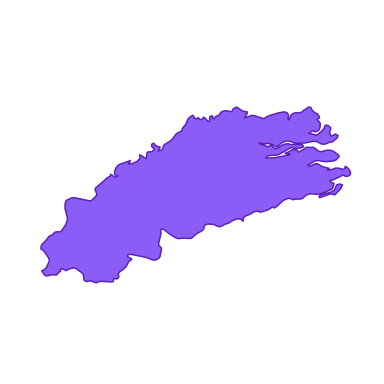 SVG path tracing the border of Khulna, rotated 262°
{"feature_id": "BGD-2432", "entity_name": "Khulna", "entity_type": "Division", "adm_level": 1, "iso_a3": "BGD", "parent_name": "Bangladesh", "parent_adm1": "", "projection": "robinson", "projection_center": [89.364, 22.917], "detail": "fine", "context": "isolated", "style": "filled", "palette": "violet", "viewbox_px": 384, "rotation_deg": 262, "n_neighbors": 0, "source": "natural_earth", "source_scale": "10m", "svg_char_len": 6096}
<svg xmlns="http://www.w3.org/2000/svg" viewBox="0 0 384 384"><g transform="rotate(262 192 192)"><path d="M170.3,290.7L172.2,288.1L172.0,285.1L171.4,282.6L170.5,280.5L165.8,273.8L164.7,271.2L166.3,270.0L164.5,266.7L163.9,265.2L162.6,258.5L162.6,257.3L162.9,256.0L163.8,254.3L164.0,253.3L163.6,250.4L161.6,245.4L160.6,240.8L159.3,239.7L156.0,238.3L158.4,236.5L159.0,233.6L158.6,230.3L157.5,227.0L156.2,224.4L155.4,220.0L154.1,216.4L153.8,214.1L154.6,212.4L156.9,208.9L157.8,204.8L158.0,202.3L157.8,200.6L156.5,199.4L153.5,198.3L152.3,196.7L150.0,190.8L148.8,188.8L146.8,186.0L146.3,184.6L146.4,182.2L147.4,178.6L147.7,172.1L149.2,169.0L155.1,162.3L158.0,159.7L158.9,158.5L159.5,157.2L159.5,156.1L158.9,155.6L155.9,155.7L154.9,155.4L146.5,152.1L144.6,151.7L143.2,152.0L141.5,153.4L140.7,153.8L139.5,153.8L132.4,151.3L131.0,149.9L129.9,147.5L129.8,144.8L130.8,142.4L133.5,137.9L138.7,123.0L139.0,120.3L137.5,119.0L136.1,120.2L134.8,122.3L133.5,122.9L131.9,119.5L130.7,118.9L127.6,116.6L125.7,114.4L123.2,109.6L121.6,107.7L120.7,107.5L118.6,107.8L117.5,107.3L116.5,106.1L116.4,105.2L116.8,104.3L117.0,102.7L116.4,102.2L115.3,102.0L114.3,101.4L114.1,100.0L116.4,88.6L116.3,87.5L115.5,85.6L115.5,84.4L116.1,83.0L117.6,80.4L118.2,78.9L118.2,77.8L117.9,75.5L118.2,74.3L119.9,72.8L122.1,72.7L124.3,72.9L126.4,72.5L127.8,71.2L131.9,67.0L133.0,65.5L133.3,63.3L133.0,60.6L132.4,58.2L131.6,56.7L133.0,54.3L134.2,52.5L134.2,51.3L131.6,50.7L131.2,49.1L129.2,47.2L128.7,45.8L129.5,42.0L129.6,40.5L129.1,38.0L129.1,36.8L129.7,35.2L130.8,34.1L134.9,32.3L135.0,33.2L135.4,34.2L137.1,37.0L137.8,37.6L140.4,39.1L142.8,40.8L145.0,41.2L146.9,40.7L153.9,37.2L155.4,36.1L156.4,34.6L157.6,34.6L159.6,35.2L161.4,36.6L163.9,40.1L167.9,44.2L168.8,47.3L171.0,50.2L171.4,51.4L171.4,52.7L170.9,55.5L171.2,56.6L172.3,57.9L176.4,61.7L178.8,63.3L181.1,64.5L184.0,65.0L193.0,64.0L195.9,64.3L198.6,64.9L201.1,66.1L202.7,71.0L202.9,72.1L202.8,74.6L197.2,90.1L197.5,91.2L202.0,97.3L205.1,97.1L206.9,96.5L208.3,96.4L209.4,97.0L215.8,107.2L217.2,108.8L217.9,110.1L219.0,113.0L220.1,113.6L220.7,114.1L219.7,115.4L217.6,117.1L217.5,118.9L218.2,120.5L220.0,117.8L223.1,118.1L226.4,120.1L228.6,122.2L229.6,124.7L231.6,135.1L230.2,134.4L229.4,133.3L228.6,133.3L228.5,137.3L230.1,142.0L232.8,145.4L236.0,145.3L234.8,147.3L232.7,149.5L231.7,151.4L237.5,153.1L237.8,155.2L237.4,157.8L239.0,160.1L240.4,160.2L242.2,158.7L243.5,158.3L245.0,159.0L245.6,160.2L245.3,161.3L243.9,161.8L243.2,162.3L241.6,164.8L240.8,166.6L239.7,166.2L237.5,164.3L237.4,165.7L237.9,167.8L238.4,168.5L239.3,169.4L241.2,169.8L242.0,170.3L243.1,172.0L245.7,178.0L247.5,180.3L251.0,183.7L252.4,185.7L253.5,189.2L253.9,190.1L256.8,191.8L259.9,195.3L264.3,197.8L265.9,199.5L267.9,203.2L266.4,204.5L265.0,204.5L264.7,204.8L263.8,206.7L264.7,207.8L264.7,208.2L264.5,208.7L262.9,209.7L262.5,210.6L262.6,212.2L262.9,212.6L263.9,213.2L264.4,213.8L264.3,214.3L263.8,214.9L260.5,217.2L259.5,218.5L259.6,219.1L260.2,219.5L263.0,219.8L263.9,220.1L264.5,221.0L264.6,221.9L264.4,222.8L264.1,223.1L263.6,223.1L262.6,222.7L262.0,222.7L261.4,223.2L261.4,223.7L263.3,225.9L264.6,229.8L266.3,231.1L266.9,231.8L267.3,232.6L267.8,234.5L267.7,237.3L266.4,241.1L266.2,242.2L266.4,242.8L266.7,243.3L268.5,244.3L269.0,245.2L269.9,248.0L266.4,251.9L264.9,253.9L264.3,255.9L263.5,257.9L261.6,257.3L258.3,254.5L258.5,257.1L259.5,261.4L259.1,264.1L254.6,273.4L256.0,276.1L257.1,280.5L258.4,289.0L258.5,293.4L258.2,295.5L257.3,297.1L255.5,298.2L253.9,298.0L252.2,297.5L250.2,297.5L250.2,298.4L252.5,299.5L254.4,300.8L255.7,302.8L256.1,305.7L255.4,309.2L255.5,310.5L255.9,311.6L257.4,314.1L258.3,316.5L259.3,317.9L259.9,319.5L259.2,321.5L256.0,322.4L253.2,325.0L252.0,327.0L249.0,328.5L247.8,328.6L247.4,328.0L246.8,326.2L245.4,326.6L243.8,327.8L242.4,328.5L240.6,328.3L238.6,327.9L236.7,327.1L235.4,325.9L234.6,323.6L234.5,322.2L235.7,320.0L235.4,318.8L233.9,316.4L230.8,323.3L232.1,325.6L234.2,328.8L236.6,331.6L238.8,332.8L239.7,334.0L238.5,336.5L236.2,338.3L233.5,337.5L232.2,336.6L231.0,336.6L228.3,337.1L228.0,337.8L229.4,342.3L227.4,344.5L225.1,343.0L222.0,337.9L222.2,335.7L220.9,330.5L221.2,327.6L222.1,326.0L224.1,323.5L224.9,321.5L225.3,319.5L224.8,310.4L225.7,303.1L226.2,300.5L228.8,295.6L229.4,292.8L229.0,290.1L228.1,287.5L226.8,285.2L225.3,283.3L225.2,281.6L228.5,276.9L229.4,274.8L229.5,272.1L229.9,269.5L230.6,267.1L231.6,264.9L230.4,265.8L229.4,267.4L227.9,270.9L226.7,272.2L226.3,273.3L227.3,276.2L226.6,277.3L224.5,279.0L223.3,281.3L223.4,282.9L225.7,287.2L226.2,288.8L226.5,290.0L226.5,292.8L226.3,294.3L225.2,296.7L224.1,306.0L223.5,307.8L221.5,308.9L220.6,307.0L220.5,301.4L220.8,300.1L221.9,297.5L222.0,295.8L217.1,283.4L216.8,280.8L217.3,275.2L217.2,272.7L216.1,270.0L215.3,270.0L214.4,278.3L215.3,294.1L216.1,294.1L216.2,292.4L216.7,290.8L217.3,289.8L217.6,290.2L218.1,292.8L218.7,294.3L219.9,296.9L219.8,298.7L218.9,301.8L218.4,302.4L217.1,302.7L216.8,303.1L216.9,304.0L217.6,305.3L218.0,306.7L219.3,309.8L220.1,310.9L220.3,311.7L219.3,318.4L218.2,319.9L215.3,322.5L214.1,324.7L214.0,326.5L214.6,331.6L214.2,334.4L213.2,336.8L211.7,338.8L207.8,342.5L206.6,342.6L203.8,339.2L203.2,337.3L203.1,334.1L203.4,328.5L204.0,326.2L205.4,322.3L205.7,319.4L205.2,316.9L203.2,312.6L202.7,310.5L201.9,310.5L201.2,312.4L201.5,314.0L202.2,315.6L202.7,317.3L202.7,319.3L202.3,320.5L199.4,324.0L198.7,325.2L196.4,330.9L195.8,331.0L195.2,329.3L194.5,329.3L194.6,332.5L195.7,337.4L195.2,340.5L193.4,344.8L193.7,346.2L196.0,347.4L194.7,349.0L192.9,350.4L190.7,351.4L188.6,351.7L186.5,350.4L185.9,348.1L186.3,345.8L187.4,344.8L187.6,343.5L184.3,333.2L184.1,330.7L183.6,330.1L182.6,330.8L181.6,332.1L181.1,333.2L180.5,333.8L179.0,333.3L176.7,332.0L175.5,330.9L175.1,330.1L172.4,319.9L172.2,317.8L172.4,315.2L173.6,309.9L173.6,307.0L172.9,304.4L170.4,300.8L169.9,298.8L170.6,293.1L170.3,290.7ZM173.8,332.9L178.8,336.3L179.4,339.7L178.1,341.9L174.8,340.0L169.3,333.0L169.3,332.5L170.0,331.7L170.7,329.3L170.6,326.9L169.5,322.7L169.3,320.8L168.6,318.6L168.7,317.4L169.9,317.3L170.4,317.7L171.0,319.0L171.5,320.8L172.5,329.2L173.8,332.9Z" fill="#8b5cf6" stroke="#5b21b6" stroke-width="1.5"/></g></svg>